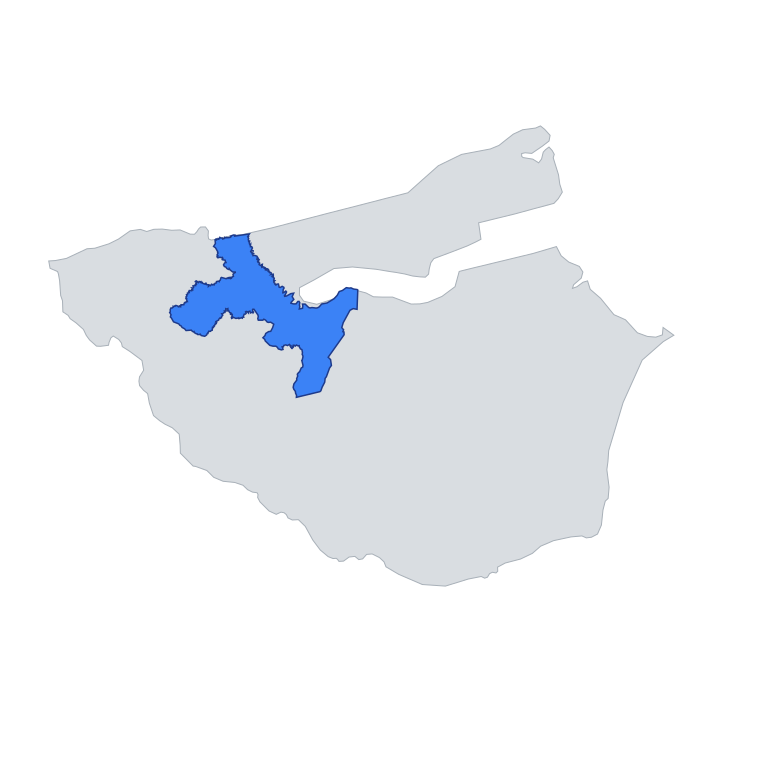 location of Tambacounda, Tambacounda, Senegal, rotated 165°
{"feature_id": "50182788B74600736318601", "entity_name": "Tambacounda", "entity_type": "district", "adm_level": 2, "iso_a3": "SEN", "parent_name": "Senegal", "parent_adm1": "Tambacounda", "projection": "orthographic", "projection_center": [-13.284, 13.521], "detail": "fine", "context": "in_parent", "style": "filled", "palette": "blue", "viewbox_px": 768, "rotation_deg": 165, "n_neighbors": 0, "source": "geoboundaries", "source_scale": "gbopen_adm2", "svg_char_len": 9147}
<svg xmlns="http://www.w3.org/2000/svg" viewBox="0 0 768 768"><g transform="rotate(165 384 384)"><path d="M589.6,354.1L598.6,369.9L596.8,377.4L594.8,388.5L599.8,396.5L605.8,401.7L610.1,406.5L614.8,413.1L615.6,426.3L614.8,435.9L617.9,440.2L620.5,445.6L620.0,450.1L618.3,454.2L612.6,459.5L611.7,469.4L621.1,481.3L627.1,487.8L627.0,491.6L628.7,495.7L633.1,500.4L635.8,499.3L638.8,495.4L640.1,492.7L648.1,493.8L651.9,495.0L657.0,502.8L659.0,508.0L660.2,514.5L665.6,522.7L670.3,528.4L671.3,532.0L675.5,536.8L673.0,547.6L673.4,553.2L670.6,567.7L670.0,574.6L670.2,577.1L676.6,582.2L676.0,589.6L669.5,588.3L658.3,587.5L635.9,591.5L628.2,590.0L613.4,590.6L603.0,592.7L589.6,597.6L579.3,596.4L573.7,592.7L566.3,593.0L558.0,591.0L549.2,587.4L541.1,585.6L532.4,578.9L528.3,577.7L525.4,579.5L523.0,581.7L520.5,583.1L515.8,581.9L514.0,577.3L515.5,572.9L515.9,569.6L513.7,567.8L508.4,567.2L499.8,567.2L486.0,565.8L482.8,565.0L451.8,563.8L419.7,563.6L392.5,563.4L358.1,563.0L334.0,562.8L311.4,562.5L294.0,571.3L275.0,580.8L249.7,585.7L220.5,583.5L211.2,584.7L201.5,588.9L194.4,591.9L184.3,593.7L171.3,592.0L166.1,592.8L162.9,588.4L159.2,581.2L161.7,576.0L169.6,572.7L181.6,568.5L187.8,570.8L191.4,571.0L192.1,568.2L191.0,566.7L182.1,562.7L177.4,557.6L173.6,560.5L170.2,566.7L167.4,568.5L163.3,570.2L161.1,565.9L160.1,561.8L162.0,558.7L161.3,540.9L162.5,531.5L162.1,523.2L167.8,517.8L173.1,514.5L193.9,514.5L213.3,514.4L231.9,514.8L250.9,515.2L252.9,498.7L258.9,497.4L267.9,495.8L284.7,494.0L303.4,492.2L307.4,489.0L310.5,483.5L312.5,478.6L316.4,476.5L321.6,478.2L328.4,480.9L335.5,484.9L343.6,488.7L349.0,491.0L362.0,496.9L384.2,505.2L402.5,508.5L424.7,502.6L440.7,498.9L442.7,491.7L440.2,484.8L428.3,478.4L412.1,479.1L407.2,480.8L399.6,482.8L395.1,483.7L387.5,482.2L377.8,476.6L371.7,471.0L363.2,468.4L353.2,465.7L337.1,454.2L328.6,452.1L320.6,451.5L305.3,453.6L290.2,459.6L282.2,473.3L267.2,473.0L235.4,472.2L206.1,471.5L181.9,472.1L179.7,462.0L174.0,454.0L164.9,447.0L162.9,440.7L166.1,435.2L175.2,430.8L177.2,427.6L172.5,428.0L165.4,430.8L160.7,430.9L160.3,422.1L152.6,410.7L144.0,391.5L134.1,383.5L126.0,367.9L117.3,361.8L109.3,358.9L102.4,359.4L99.8,366.4L91.4,356.1L103.2,352.7L128.4,340.3L157.8,304.3L184.2,261.5L187.7,251.3L190.9,243.6L193.3,226.0L197.1,215.5L200.6,213.6L205.1,205.6L210.5,191.5L216.6,183.8L223.3,182.3L228.4,183.0L232.1,186.0L242.9,187.9L260.8,188.8L274.7,186.8L284.5,182.0L297.4,179.6L313.3,179.7L321.7,177.7L322.6,173.7L324.7,172.5L328.0,174.1L331.1,173.5L334.1,170.6L337.0,170.4L339.9,172.9L353.2,173.8L377.0,172.9L398.9,180.4L419.0,196.3L429.4,206.9L430.0,212.2L433.3,217.5L439.4,222.9L444.9,223.9L449.9,220.6L453.8,220.9L456.7,225.0L462.5,225.9L468.9,223.4L473.4,224.3L474.3,226.7L475.3,228.0L478.4,228.6L482.6,231.7L488.5,240.1L493.2,251.8L496.9,266.9L501.8,275.1L507.8,276.4L511.4,279.5L512.1,283.1L513.8,285.5L516.7,286.9L521.8,286.0L527.9,291.1L534.3,302.2L535.4,307.1L534.3,309.8L534.7,311.8L539.0,313.6L543.1,317.2L546.4,322.7L553.6,327.5L564.6,331.7L572.6,337.9L577.5,346.3L587.6,353.3L589.6,354.1Z" fill="#d9dde1" stroke="#a8b0b8" stroke-width="1"/><path d="M472.1,393.8L447.9,393.2L446.7,393.8L444.6,396.9L440.8,401.1L439.4,404.7L437.8,405.9L432.4,413.6L430.0,415.5L429.3,421.4L431.0,424.3L409.8,441.9L409.2,444.6L410.2,445.2L409.0,446.8L410.2,449.4L407.5,453.8L397.8,464.0L394.3,464.8L390.7,463.1L385.0,481.6L385.5,482.2L388.8,483.6L391.0,485.4L392.7,485.6L395.5,486.8L400.0,485.1L403.3,484.9L406.2,481.8L410.1,479.3L418.0,477.0L423.5,477.4L426.6,475.3L428.3,474.8L429.9,474.9L433.8,476.5L435.7,476.6L436.9,477.3L439.5,481.6L442.1,482.3L442.2,480.4L443.1,478.2L446.4,478.4L445.2,480.8L445.3,482.1L444.3,484.3L444.7,485.8L445.9,486.0L448.2,484.2L450.5,484.7L453.0,486.1L452.6,486.9L449.2,489.1L450.1,492.1L447.7,495.1L450.6,495.4L455.4,494.2L457.3,494.4L457.2,495.3L456.4,495.6L454.3,498.1L454.8,499.2L457.3,498.2L458.1,498.3L456.8,501.5L455.8,502.4L455.7,503.3L457.1,504.7L459.3,504.1L460.2,504.6L460.1,507.9L461.6,508.2L462.8,507.6L463.5,508.5L463.2,509.4L463.9,510.2L464.1,511.1L462.8,512.0L463.7,512.3L463.7,513.1L462.8,513.9L462.7,514.8L463.3,515.2L463.3,516.2L464.0,516.5L463.7,516.9L463.1,516.4L462.9,517.3L463.6,517.4L462.7,517.9L462.6,518.8L464.8,519.0L464.4,519.2L464.3,520.8L465.2,521.5L465.7,521.3L465.9,523.5L466.7,522.8L466.9,523.4L466.3,524.2L466.5,525.3L467.3,525.6L468.3,524.5L469.0,525.0L468.3,525.8L468.4,526.7L469.2,526.4L469.8,526.8L469.4,527.7L470.5,528.5L471.8,528.3L471.8,529.1L471.1,529.4L470.5,531.1L471.6,531.0L472.2,530.2L473.6,531.4L473.7,532.0L472.8,532.9L473.5,533.8L473.4,534.6L474.2,534.3L474.4,534.9L472.4,536.4L472.8,537.1L473.7,537.2L473.9,536.6L474.5,537.2L473.8,538.8L473.2,538.7L473.7,540.4L475.8,541.8L477.3,541.9L477.0,543.4L477.4,543.7L476.3,544.0L478.1,545.5L478.5,546.5L477.7,547.2L476.0,546.3L475.9,546.6L477.0,547.1L477.1,548.2L475.9,549.4L476.2,550.8L477.5,551.2L476.7,553.4L477.4,552.9L477.7,554.3L477.4,555.3L477.7,556.4L477.0,556.3L476.8,556.9L477.7,556.9L477.7,558.9L477.1,559.4L477.4,560.7L476.7,561.5L477.3,561.8L475.2,563.8L488.4,565.3L489.0,566.0L489.5,565.4L490.0,565.5L489.7,566.5L490.8,566.9L494.0,566.6L493.7,565.8L494.6,565.4L497.3,565.8L497.9,566.3L498.9,566.0L499.9,566.9L500.7,565.9L502.2,565.8L502.2,566.7L503.9,567.3L504.6,568.1L505.4,567.0L506.4,567.4L506.5,566.7L508.4,567.5L508.6,566.6L509.3,567.2L509.9,567.0L510.5,563.3L513.0,561.0L511.5,559.2L510.4,554.9L510.7,554.2L510.4,553.5L511.9,551.8L511.2,550.7L512.3,550.3L512.3,549.7L511.8,548.9L509.6,548.9L508.5,548.2L507.4,548.2L507.1,547.1L508.1,546.4L508.0,545.9L505.4,544.7L505.6,542.7L504.5,542.0L505.9,542.4L506.8,542.0L508.2,540.6L507.8,538.8L506.5,537.9L505.9,536.2L504.6,534.9L503.9,534.7L503.6,535.4L503.1,534.0L501.2,531.4L498.7,530.6L498.8,530.2L499.3,530.3L501.5,529.0L501.6,526.9L502.8,526.8L503.6,526.0L503.7,526.5L504.2,526.6L504.6,525.7L505.2,525.5L505.9,526.2L505.6,526.9L506.7,527.0L507.0,526.4L508.0,527.0L508.5,526.5L509.5,526.7L513.4,529.0L514.1,528.7L515.3,526.7L516.2,526.3L516.7,525.5L517.4,526.2L519.3,526.3L519.7,525.1L521.2,525.0L522.5,523.7L523.1,524.5L523.9,524.1L524.8,525.0L526.1,523.9L526.8,524.6L528.3,523.8L527.8,525.3L529.8,526.0L529.8,527.4L530.4,527.5L531.1,526.8L533.0,528.1L533.2,529.2L533.7,529.4L534.3,529.0L534.8,529.5L534.4,530.3L535.5,530.4L536.0,530.9L537.0,530.0L538.4,532.1L539.4,532.1L539.8,531.7L538.8,530.7L538.9,530.0L539.5,529.6L540.1,530.1L539.5,528.8L541.1,528.5L540.8,527.9L543.1,528.2L543.0,526.5L543.8,526.1L544.7,526.5L544.2,525.4L544.5,524.3L545.4,524.8L545.7,523.9L547.9,524.7L548.7,523.8L548.3,523.5L548.4,522.7L550.3,522.7L550.5,521.5L551.7,521.3L551.5,520.1L552.8,519.3L552.7,518.3L553.2,517.8L552.5,517.4L552.9,516.5L552.6,514.5L553.6,514.7L554.5,513.9L555.0,514.4L556.1,513.8L556.8,512.4L559.3,513.0L559.2,512.6L560.2,512.4L560.4,511.2L561.2,511.4L561.5,512.3L562.7,511.8L563.1,512.7L564.7,513.8L565.7,513.2L566.2,513.6L566.9,513.2L567.6,513.6L567.7,512.8L569.1,512.2L570.1,512.6L571.2,511.3L571.8,508.9L572.5,508.6L571.8,506.0L573.0,504.1L572.3,502.8L571.2,498.5L566.7,495.2L566.0,493.5L565.1,492.9L564.4,490.9L562.3,488.9L561.4,486.9L556.2,485.9L555.5,484.5L554.5,483.6L553.9,483.8L553.8,482.6L552.3,481.1L551.5,480.9L551.3,480.1L549.5,479.5L548.7,479.8L548.0,478.1L544.8,476.5L542.7,477.2L542.0,478.2L541.0,478.3L540.8,479.3L540.1,479.5L539.7,480.3L537.9,479.8L537.1,480.4L536.0,480.4L535.0,483.2L534.5,483.3L534.2,482.8L533.2,483.6L533.2,484.2L532.6,484.1L532.2,485.0L531.2,485.5L531.2,486.1L530.4,485.8L529.8,486.7L530.3,486.9L530.3,487.8L527.2,488.5L527.0,489.1L525.5,490.2L524.9,489.7L524.2,490.4L523.8,490.2L523.5,491.1L522.0,492.1L522.5,493.8L521.7,493.5L520.1,494.5L519.3,494.2L518.8,494.7L519.2,495.8L518.3,495.7L517.8,496.5L517.5,496.1L517.3,497.6L516.8,497.2L515.3,497.3L515.7,496.0L515.3,495.5L516.1,495.1L515.0,494.7L514.6,492.9L513.6,492.5L514.2,491.0L513.6,490.7L513.2,491.3L512.7,490.8L512.6,490.0L513.3,488.9L513.0,488.4L514.2,487.9L514.2,486.8L512.0,487.2L510.0,485.6L508.8,485.7L507.7,485.1L507.2,485.4L507.1,484.7L504.8,484.9L503.9,484.3L503.8,485.0L502.2,484.9L502.4,485.6L501.0,487.6L499.7,487.4L498.7,488.1L499.1,489.5L498.4,489.8L497.4,489.3L496.6,487.8L496.3,489.0L494.7,489.1L494.6,487.2L492.3,487.5L492.1,486.6L491.4,487.2L491.9,488.1L491.8,489.8L491.3,490.2L490.2,489.8L487.9,483.2L488.0,481.7L489.0,479.8L488.9,478.2L484.5,477.0L483.3,477.7L481.9,476.4L480.8,474.1L479.7,473.4L477.5,473.1L475.0,470.3L477.1,467.1L479.8,464.2L481.9,464.5L485.2,463.4L486.4,461.6L489.0,460.0L487.6,457.9L487.6,456.4L484.3,450.9L481.5,449.3L478.6,448.5L477.5,447.0L477.0,445.2L474.3,443.5L472.6,443.5L472.7,446.3L471.5,446.0L470.8,447.2L468.7,447.2L467.3,446.1L465.1,446.7L464.7,445.9L464.9,445.2L464.2,445.1L464.5,443.6L463.8,443.1L464.0,442.4L463.7,442.1L462.2,443.0L462.5,444.1L461.7,443.9L461.5,444.9L460.4,444.5L459.9,443.6L458.5,444.3L457.2,443.1L456.0,443.0L456.2,441.9L455.6,439.5L454.4,438.5L454.6,435.6L455.4,433.6L455.1,432.8L455.2,431.3L456.8,428.3L457.3,428.1L457.4,423.0L458.2,421.3L459.8,420.9L462.4,417.6L463.4,417.3L465.2,415.9L465.3,414.0L467.0,411.8L467.2,410.4L471.0,407.4L472.6,404.3L472.5,402.4L471.5,399.7L471.8,398.1L471.4,395.7L472.1,393.8Z" fill="#3b82f6" stroke="#1e3a8a" stroke-width="1.5"/></g></svg>